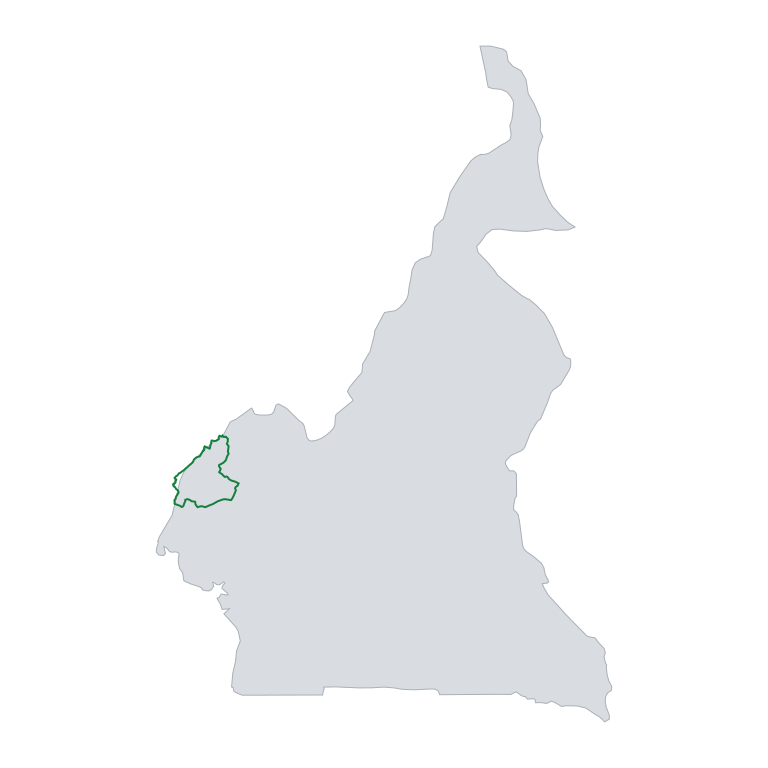 location of Manyu, Sud-Ouest, Cameroon
{"feature_id": "32672807B1261524164639", "entity_name": "Manyu", "entity_type": "district", "adm_level": 2, "iso_a3": "CMR", "parent_name": "Cameroon", "parent_adm1": "Sud-Ouest", "projection": "albers", "projection_center": [9.296, 5.93], "detail": "fine", "context": "in_parent", "style": "outline", "palette": "green", "viewbox_px": 768, "rotation_deg": 0, "n_neighbors": 0, "source": "geoboundaries", "source_scale": "gbopen_adm2", "svg_char_len": 6449}
<svg xmlns="http://www.w3.org/2000/svg" viewBox="0 0 768 768"><path d="M157.6,541.4L159.4,536.8L172.2,515.1L180.1,480.4L183.8,472.2L187.5,466.8L206.1,448.3L213.0,442.4L223.0,435.7L230.1,422.1L232.5,420.7L235.7,419.5L251.6,408.0L253.0,410.2L254.0,413.0L255.2,414.3L260.4,415.1L267.5,415.1L271.6,414.2L273.7,411.9L275.9,405.5L277.2,404.3L278.9,404.0L286.6,408.4L299.5,421.0L302.7,423.2L304.1,425.7L306.9,437.1L308.5,439.9L311.3,441.1L316.3,440.3L321.4,438.3L326.0,435.3L330.4,431.6L333.5,428.1L334.8,425.6L335.4,416.2L336.4,414.2L353.0,400.6L352.6,399.3L349.8,395.5L347.4,391.3L349.8,387.0L352.4,383.7L362.0,372.4L362.5,364.2L370.1,351.4L374.5,334.4L374.6,331.1L384.5,312.5L395.0,310.7L399.1,308.1L403.7,303.4L406.7,299.1L408.1,295.0L409.1,287.1L410.9,278.1L412.0,270.2L415.2,262.9L420.4,259.2L429.6,256.1L430.9,254.6L432.2,249.8L433.4,233.7L434.9,226.6L443.4,218.5L447.0,205.9L450.2,192.7L459.8,176.7L470.9,160.8L476.1,156.5L480.5,154.5L485.6,154.3L489.0,153.1L501.1,145.1L506.2,142.4L509.9,139.6L510.7,137.2L511.1,133.8L509.8,125.6L511.9,119.6L513.0,110.3L513.5,103.1L513.0,100.6L510.7,96.4L507.0,92.0L500.9,89.3L492.6,88.6L488.2,87.1L486.5,78.8L485.9,73.6L480.0,46.1L490.6,46.1L503.3,49.2L506.5,51.7L508.2,61.1L512.9,66.4L521.0,70.7L526.1,79.7L528.2,93.5L532.7,101.6L533.7,102.9L540.2,118.4L540.6,125.6L540.1,130.4L542.8,136.4L539.0,146.7L537.9,153.0L537.6,161.8L540.1,177.3L543.9,189.3L548.1,199.0L552.5,206.5L559.9,214.7L567.7,222.3L575.0,227.0L568.4,229.9L555.4,230.4L547.9,228.8L544.4,228.8L540.8,229.8L526.9,231.4L513.0,230.9L500.0,229.1L492.1,229.5L486.1,234.1L481.2,241.2L476.6,246.7L478.3,252.8L481.8,256.2L488.6,263.5L494.6,270.7L497.8,275.5L509.9,286.0L521.5,295.4L527.1,298.6L529.1,299.3L535.5,304.6L544.3,313.4L552.4,327.3L564.0,355.2L566.5,357.5L570.3,358.9L570.8,361.9L570.6,366.2L569.4,369.8L560.5,384.6L552.7,390.3L550.5,393.7L547.6,402.2L540.6,418.9L537.5,421.3L530.5,432.6L524.9,446.9L523.4,449.1L521.1,450.9L512.8,454.5L510.0,456.3L505.9,460.8L505.3,463.6L507.3,467.7L509.6,470.8L514.0,470.9L516.4,473.9L516.6,495.9L514.7,499.2L514.7,500.7L513.8,504.5L513.6,508.7L514.2,510.4L515.9,511.7L518.2,514.7L519.5,521.4L522.6,545.2L523.9,548.9L526.3,551.5L533.6,556.6L541.4,563.2L543.8,567.6L545.3,574.8L548.3,580.4L548.3,582.3L547.1,583.1L542.3,583.6L543.9,587.7L548.0,594.8L567.8,616.6L586.9,636.0L591.3,637.3L594.6,637.7L596.0,638.9L597.8,641.7L604.2,648.7L605.3,652.9L604.0,656.8L605.5,662.9L606.7,665.1L606.3,667.1L607.1,674.6L608.9,681.1L611.8,686.6L611.4,690.5L607.8,692.7L605.7,696.4L605.2,701.4L606.3,707.5L609.2,714.8L609.4,719.0L604.8,721.9L599.7,717.0L594.1,713.7L585.7,708.0L577.3,706.0L566.4,705.7L561.7,706.5L553.6,701.8L551.0,701.2L547.4,703.2L544.9,703.3L541.8,702.6L535.6,702.7L535.0,699.4L533.9,698.7L527.3,699.1L525.2,696.3L524.3,696.6L521.7,695.8L516.2,691.8L510.6,694.5L498.9,694.3L439.7,694.7L438.2,691.0L435.3,689.1L429.9,689.0L414.3,689.8L402.2,689.3L394.1,687.9L384.1,687.1L371.7,687.8L359.0,687.9L336.3,686.9L323.8,687.1L324.1,689.4L323.3,691.1L322.6,695.0L242.2,695.2L235.7,692.5L233.7,690.8L233.1,687.5L231.6,687.1L232.8,673.1L235.5,661.5L236.6,650.7L240.3,641.1L238.3,631.5L236.0,627.3L223.9,613.8L229.4,608.7L222.1,609.4L220.5,604.4L217.0,598.3L219.1,597.4L221.2,594.0L227.9,595.1L227.6,593.4L221.9,588.4L222.5,585.8L224.8,583.0L223.7,581.8L219.6,584.7L216.6,584.6L214.3,582.7L212.6,582.4L213.7,586.3L211.4,589.7L209.2,590.9L205.4,590.7L202.4,589.9L201.6,587.9L198.7,586.5L190.7,583.9L183.9,580.9L182.6,572.6L179.9,569.1L178.8,565.0L178.2,560.4L179.1,553.4L177.4,552.3L175.4,551.9L172.5,552.2L169.8,551.8L166.6,547.9L163.8,546.4L165.5,553.6L163.5,555.6L158.7,555.0L156.6,552.3L156.2,550.3L158.5,541.6L157.6,541.4Z" fill="#d9dde1" stroke="#a8b0b8" stroke-width="1"/><path d="M225.8,436.8L225.7,436.8L225.5,437.0L225.2,437.0L225.0,436.7L224.8,436.7L224.6,436.9L224.2,436.8L223.5,437.0L223.4,436.9L223.2,436.5L222.9,436.3L222.6,435.8L222.4,436.2L222.1,436.2L221.8,436.2L221.5,436.5L220.9,436.1L220.4,436.1L220.0,436.0L219.7,435.8L219.4,435.8L219.0,436.7L218.7,437.2L218.7,437.7L218.6,438.1L218.7,438.3L218.8,439.1L218.7,439.2L218.6,439.3L217.5,439.9L216.1,440.8L215.2,441.0L214.4,441.0L213.6,440.8L211.9,440.5L211.6,440.6L211.4,441.3L211.3,441.5L211.3,441.8L211.2,442.3L211.3,442.7L211.2,443.0L210.9,443.8L210.7,444.6L210.5,444.8L210.4,445.4L210.4,445.9L209.7,448.6L209.1,448.5L207.2,447.5L206.8,447.2L206.4,447.2L205.7,446.9L204.9,446.5L204.7,446.4L204.4,446.8L204.3,447.9L204.0,448.2L204.1,448.5L204.2,448.9L204.1,449.3L204.2,449.6L204.0,450.1L203.7,450.2L203.7,450.3L203.2,450.4L203.2,450.5L203.4,450.7L203.4,450.8L203.3,451.0L202.9,451.0L202.4,451.7L201.5,453.5L201.1,453.9L200.9,454.5L199.7,456.4L199.1,456.5L198.7,456.6L198.3,456.8L197.5,456.9L196.6,457.3L195.0,458.5L194.6,459.0L193.9,459.6L193.4,460.8L193.0,462.0L192.0,463.0L190.3,464.5L190.2,464.6L188.3,466.1L188.0,466.5L186.6,467.8L186.2,468.0L184.0,470.0L183.7,470.4L183.2,470.7L182.7,471.0L182.2,471.3L180.1,473.0L179.0,473.3L178.5,473.9L177.4,475.5L175.8,476.4L175.2,477.4L174.7,477.7L174.6,477.8L175.0,478.6L175.3,479.0L176.0,479.2L176.2,479.4L176.3,479.6L176.2,480.1L176.0,480.4L175.4,480.9L175.3,481.1L175.2,481.3L175.6,481.9L175.6,482.1L175.2,482.8L173.8,484.6L173.6,484.5L173.3,484.0L173.1,484.3L173.2,484.7L173.3,485.5L173.4,485.8L173.5,485.9L174.0,486.3L174.3,486.8L175.2,487.2L175.6,488.1L175.9,488.7L176.6,489.4L177.1,489.7L177.7,490.3L177.8,490.4L178.2,490.9L178.4,491.6L178.5,492.6L178.3,493.1L177.7,493.7L177.5,494.6L176.6,495.7L176.2,496.5L176.0,496.9L175.8,497.5L175.7,498.5L175.6,498.8L174.7,499.7L174.5,500.1L174.4,500.7L174.7,501.6L174.6,502.2L174.5,502.7L174.5,503.1L174.7,503.9L180.3,505.9L181.6,507.0L182.1,506.7L183.1,506.4L183.4,505.9L184.5,502.7L185.0,502.0L185.3,501.0L185.2,499.9L187.5,499.1L187.8,499.2L189.5,499.8L190.2,500.2L191.7,501.3L193.9,501.5L195.2,501.8L195.4,504.0L196.4,505.7L197.6,507.2L199.4,506.6L201.5,506.2L204.5,506.9L205.3,507.1L205.6,507.1L209.1,505.5L213.2,503.9L217.7,501.3L223.0,499.4L225.2,499.2L231.1,500.1L232.1,498.7L233.6,495.9L233.8,495.4L235.9,490.3L235.1,488.2L235.9,486.8L237.4,485.9L238.6,483.4L235.3,481.7L231.2,480.5L228.9,479.0L227.9,477.4L226.7,476.5L224.7,476.9L223.0,475.3L222.1,474.1L220.4,473.2L219.2,472.1L219.8,471.1L220.7,468.9L219.4,467.0L219.0,466.0L219.2,464.9L221.1,464.0L223.6,462.6L225.8,460.3L227.1,456.4L228.6,453.7L227.9,451.7L228.6,446.2L226.9,443.9L227.7,441.6L227.9,438.8L227.0,438.0L226.0,436.9L225.8,436.8Z" fill="none" stroke="#15803d" stroke-width="2"/></svg>